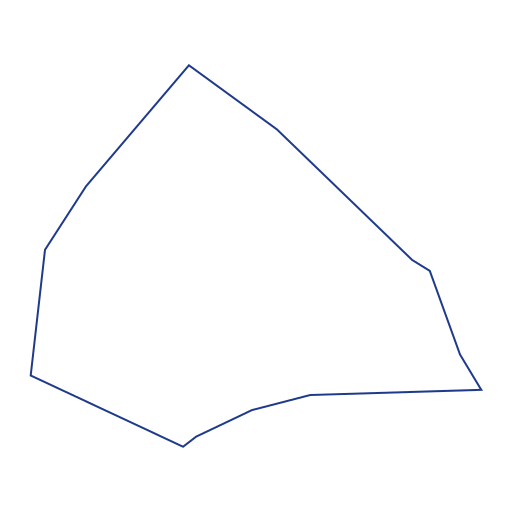 SVG path tracing the border of Žetale
{"feature_id": "SVN-231", "entity_name": "Žetale", "entity_type": "Municipality", "adm_level": 1, "iso_a3": "SVN", "parent_name": "Slovenia", "parent_adm1": "", "projection": "orthographic", "projection_center": [15.829, 46.285], "detail": "fine", "context": "isolated", "style": "outline", "palette": "blue", "viewbox_px": 512, "rotation_deg": 0, "n_neighbors": 0, "source": "natural_earth", "source_scale": "10m", "svg_char_len": 327}
<svg xmlns="http://www.w3.org/2000/svg" viewBox="0 0 512 512"><path d="M481.3,389.8L475.5,390.0L310.2,395.0L251.9,410.1L196.2,436.6L183.1,446.7L180.8,445.7L30.7,375.5L45.0,249.8L86.0,186.3L188.9,65.3L276.9,129.4L412.2,260.0L429.8,270.9L460.0,354.5L480.4,388.4L481.3,389.8Z" fill="none" stroke="#1e3a8a" stroke-width="2"/></svg>